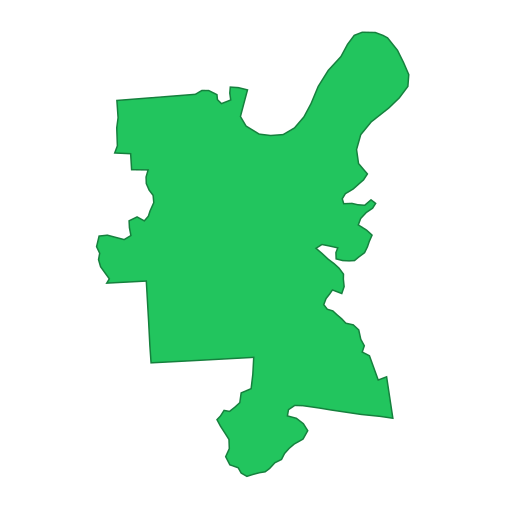 Porto Lucena, Rio Grande do Sul, Brazil, rotated 88°
{"feature_id": "56859067B50046704042959", "entity_name": "Porto Lucena", "entity_type": "district", "adm_level": 2, "iso_a3": "BRA", "parent_name": "Brazil", "parent_adm1": "Rio Grande do Sul", "projection": "mercator", "projection_center": [-54.951, -27.852], "detail": "fine", "context": "isolated", "style": "filled", "palette": "green", "viewbox_px": 512, "rotation_deg": 88, "n_neighbors": 0, "source": "geoboundaries", "source_scale": "gbopen_adm2", "svg_char_len": 2267}
<svg xmlns="http://www.w3.org/2000/svg" viewBox="0 0 512 512"><g transform="rotate(88 256 256)"><path d="M463.8,289.4L467.0,281.2L472.4,278.4L475.9,272.8L474.2,266.7L472.7,260.1L472.0,254.4L468.8,249.8L463.3,244.4L460.2,237.6L454.4,234.4L449.4,229.6L445.2,224.3L440.6,215.4L432.4,210.4L425.3,214.5L419.6,221.3L416.9,230.2L410.7,228.9L406.7,222.5L407.2,214.5L408.3,208.3L410.2,197.7L412.5,186.4L418.0,156.5L420.6,137.5L422.9,124.9L381.3,129.7L384.2,138.2L359.7,146.1L355.7,153.2L349.5,150.9L342.9,154.2L333.5,155.9L328.2,161.2L326.3,168.6L321.9,172.4L317.5,177.2L313.6,181.1L311.7,186.6L307.0,190.0L301.0,187.5L296.5,183.7L292.6,180.8L296.5,171.6L289.7,169.0L282.2,169.5L277.2,169.2L271.1,173.4L266.5,178.1L261.7,184.0L255.7,190.0L250.4,195.8L246.8,189.7L248.4,182.9L250.7,174.0L255.4,176.0L261.7,176.0L263.6,169.5L264.1,163.1L264.0,157.7L260.7,153.5L256.5,147.4L250.7,144.3L245.4,142.3L239.2,139.3L234.0,144.6L228.5,152.7L222.2,150.1L216.4,144.3L212.3,137.8L207.6,134.6L203.9,139.1L209.1,145.6L208.3,152.7L206.8,158.2L206.8,166.5L201.8,167.8L196.8,164.5L192.4,156.5L187.4,150.5L183.7,145.9L177.9,141.8L167.2,150.3L153.1,151.8L138.4,147.1L125.9,136.1L112.7,118.1L103.1,107.4L91.8,98.3L80.1,97.0L67.8,101.8L60.1,105.3L55.4,107.4L42.6,116.9L40.0,121.3L36.8,129.0L36.1,142.0L38.9,150.1L47.6,157.1L59.6,164.1L73.0,177.3L88.7,187.9L105.5,195.6L118.6,203.2L129.3,213.0L135.6,224.6L136.1,237.2L134.3,248.6L125.8,261.4L116.1,266.7L102.8,262.7L89.7,258.7L87.1,267.8L86.3,275.8L92.3,276.5L99.2,275.8L102.5,285.2L98.4,289.1L93.4,289.4L89.0,297.5L88.7,304.3L92.3,311.0L95.7,389.6L113.0,389.0L123.0,390.7L141.1,390.7L148.1,393.6L149.4,377.7L165.4,377.3L166.2,360.8L173.2,363.1L179.8,363.1L186.4,360.5L191.8,356.7L199.1,356.3L207.3,360.3L212.5,362.2L217.0,366.4L212.8,373.5L216.4,381.6L223.3,381.5L231.2,380.3L235.0,387.2L232.6,395.2L230.0,403.8L230.6,412.1L241.1,415.0L247.8,412.1L254.1,413.5L261.3,411.7L268.8,406.7L273.7,403.4L277.9,406.1L277.2,366.5L308.8,365.8L317.5,365.6L341.6,365.2L359.1,364.6L358.9,351.9L358.3,317.9L357.2,261.8L374.1,263.3L388.4,265.5L392.3,275.6L402.0,277.3L406.2,282.2L410.4,287.9L409.2,293.3L414.7,297.1L418.2,300.7L424.9,297.4L431.9,293.2L438.4,289.4L447.6,289.4L455.5,293.3L463.8,289.4Z" fill="#22c55e" stroke="#15803d" stroke-width="1.5"/></g></svg>